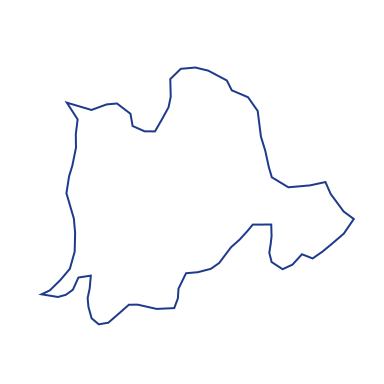 Kampyli, Cyprus, rotated 85°
{"feature_id": "46923920B20752671423120", "entity_name": "Kampyli", "entity_type": "district", "adm_level": 2, "iso_a3": "CYP", "parent_name": "Cyprus", "parent_adm1": "", "projection": "albers", "projection_center": [33.105, 35.307], "detail": "fine", "context": "isolated", "style": "outline", "palette": "blue", "viewbox_px": 384, "rotation_deg": 85, "n_neighbors": 0, "source": "geoboundaries", "source_scale": "gbopen_adm2", "svg_char_len": 1127}
<svg xmlns="http://www.w3.org/2000/svg" viewBox="0 0 384 384"><g transform="rotate(85 192 192)"><path d="M280.8,350.8L284.9,334.7L283.4,326.6L279.0,319.2L267.3,312.6L266.5,300.1L279.0,302.3L288.5,305.2L297.3,305.2L309.1,303.0L315.7,296.4L314.9,286.8L309.1,278.7L298.8,264.7L299.5,255.9L305.4,237.4L306.1,219.8L296.6,215.3L287.1,213.9L272.4,205.0L272.4,193.2L270.2,180.0L265.1,171.1L258.5,165.2L250.4,157.9L243.8,149.0L236.4,140.9L229.8,134.3L231.3,115.9L243.0,116.6L250.4,118.1L259.2,120.3L268.7,118.8L276.8,108.5L273.1,98.2L263.6,87.9L268.7,77.6L262.8,67.3L256.2,57.7L246.7,44.4L233.0,33.2L224.7,42.6L206.1,54.0L193.7,58.2L195.7,73.8L195.7,95.6L184.3,111.2L174.0,113.3L157.4,115.4L142.9,118.5L117.0,119.5L102.5,127.9L94.2,143.5L83.9,147.6L72.5,165.3L68.3,177.8L68.3,192.4L77.6,203.8L95.3,204.9L105.6,208.0L118.0,216.3L128.4,223.6L127.4,234.0L121.1,245.4L108.7,246.5L97.3,259.0L97.3,269.4L101.5,285.0L92.1,308.9L109.7,299.6L124.2,302.7L137.7,303.7L155.3,308.9L165.7,313.1L182.3,317.2L208.2,312.0L222.7,312.0L241.3,314.1L257.9,320.4L268.2,330.8L277.6,342.2L280.8,350.8Z" fill="none" stroke="#1e3a8a" stroke-width="2"/></g></svg>